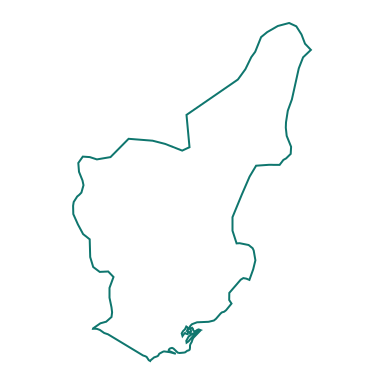 the border of Adana
{"feature_id": "TUR-3018", "entity_name": "Adana", "entity_type": "Province", "adm_level": 1, "iso_a3": "TUR", "parent_name": "Turkey", "parent_adm1": "", "projection": "mercator", "projection_center": [35.602, 37.508], "detail": "fine", "context": "isolated", "style": "outline", "palette": "teal", "viewbox_px": 384, "rotation_deg": 0, "n_neighbors": 0, "source": "natural_earth", "source_scale": "10m", "svg_char_len": 2116}
<svg xmlns="http://www.w3.org/2000/svg" viewBox="0 0 384 384"><path d="M231.5,303.6L226.1,310.2L224.2,311.7L221.9,312.4L220.6,313.5L216.0,318.8L213.9,320.5L208.6,321.8L197.0,322.3L192.0,324.2L190.4,325.8L188.8,329.0L187.3,330.1L187.8,328.9L187.9,328.0L187.5,327.3L186.3,326.5L185.0,329.2L182.9,331.3L181.7,333.4L182.5,336.1L184.6,333.2L187.7,334.2L188.1,331.4L188.9,331.6L189.4,332.1L189.8,332.8L190.1,333.6L190.8,332.4L191.0,331.2L190.8,330.0L190.1,328.9L192.1,327.8L192.9,328.8L193.3,330.5L194.4,331.4L195.9,330.9L197.3,329.9L198.7,329.4L200.5,330.1L192.3,333.9L188.5,336.8L186.3,340.8L186.6,342.7L188.5,341.4L194.6,334.2L196.5,333.0L198.6,332.4L193.4,337.8L192.6,339.3L191.5,342.4L190.6,343.7L190.0,345.5L190.0,347.7L189.7,349.6L188.7,350.4L187.3,350.7L185.2,352.3L183.9,352.6L179.5,353.0L177.7,352.6L173.4,348.5L172.0,347.9L170.1,348.4L168.9,349.5L168.6,351.0L169.9,351.3L171.1,351.8L175.8,353.8L170.0,352.2L164.0,351.4L162.8,351.8L159.5,353.6L158.8,354.4L158.3,355.6L157.0,356.4L154.1,357.4L150.5,360.4L150.2,361.0L148.8,360.2L146.6,356.9L145.0,356.1L143.1,355.5L108.0,334.3L104.2,333.0L99.8,329.9L97.0,328.9L94.8,328.7L93.0,328.8L93.1,328.4L100.4,323.3L106.2,321.7L111.5,317.0L112.1,312.3L111.5,307.4L109.5,297.7L109.5,287.9L113.5,277.0L108.2,271.5L99.7,271.9L93.2,267.0L90.2,257.1L89.7,239.3L83.1,234.1L77.9,224.4L73.3,214.1L73.1,205.8L73.7,202.0L77.2,196.5L79.4,194.7L81.4,192.6L83.5,185.2L82.5,180.5L79.0,171.8L78.3,163.0L82.8,156.6L89.8,157.1L96.9,159.4L110.5,157.1L128.6,138.8L152.6,140.7L165.1,143.9L182.2,150.6L189.5,147.2L186.5,114.9L237.9,79.5L245.4,69.2L251.3,57.1L255.2,51.8L261.1,37.1L267.2,32.1L277.8,26.0L289.1,23.0L296.3,26.3L301.5,34.5L305.0,43.7L310.9,49.9L303.1,57.3L298.8,68.3L291.9,99.4L287.8,110.7L286.0,122.3L285.8,127.7L286.7,135.9L291.1,146.8L290.7,153.9L286.1,158.4L283.4,159.9L279.6,164.9L269.0,164.8L256.1,165.7L249.6,176.6L241.8,194.6L232.5,217.2L232.5,230.7L236.6,243.4L239.6,243.2L248.6,245.0L252.6,248.2L253.7,250.5L255.4,260.3L253.2,269.3L249.4,279.9L246.2,278.6L243.3,278.1L240.7,279.7L229.3,292.9L229.2,300.0L231.5,303.6Z" fill="none" stroke="#0f766e" stroke-width="2"/></svg>